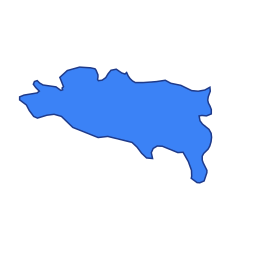 Lodi, Robinson projection, rotated 159°
{"feature_id": "ITA-5448", "entity_name": "Lodi", "entity_type": "Province", "adm_level": 1, "iso_a3": "ITA", "parent_name": "Italy", "parent_adm1": "", "projection": "robinson", "projection_center": [9.573, 45.269], "detail": "fine", "context": "isolated", "style": "filled", "palette": "blue", "viewbox_px": 256, "rotation_deg": 159, "n_neighbors": 0, "source": "natural_earth", "source_scale": "10m", "svg_char_len": 1335}
<svg xmlns="http://www.w3.org/2000/svg" viewBox="0 0 256 256"><g transform="rotate(159 128 128)"><path d="M87.0,58.4L85.8,60.2L83.9,65.7L83.7,75.0L85.3,85.6L90.3,87.2L102.5,98.7L107.2,100.7L111.8,99.9L115.1,96.6L116.0,90.7L121.4,93.4L124.3,99.5L126.4,106.9L129.4,113.1L149.9,127.4L159.3,129.8L179.3,148.3L186.0,162.7L192.1,167.3L199.1,169.0L209.0,169.7L211.9,172.6L213.9,179.7L214.6,185.9L219.1,193.1L218.0,195.9L213.3,196.0L200.3,193.3L197.6,194.2L199.7,199.0L200.7,202.8L198.7,204.9L195.8,204.8L194.4,201.7L191.9,198.6L180.5,192.2L177.2,187.1L175.3,187.1L175.2,188.9L174.8,189.2L174.3,189.2L173.4,189.7L173.5,199.7L164.1,203.4L151.4,202.2L141.4,197.6L137.6,195.1L137.1,193.3L137.0,188.4L137.8,186.3L139.0,184.3L138.7,182.8L135.0,181.9L130.7,183.0L127.1,185.8L123.2,188.0L117.9,187.1L114.2,181.7L111.5,179.5L109.4,180.3L109.2,176.7L108.4,173.4L107.0,170.4L104.9,167.8L97.3,164.9L89.5,162.5L84.7,161.1L76.1,159.2L72.0,154.4L63.4,148.9L55.2,140.1L49.3,137.2L42.7,135.9L36.9,136.7L38.0,132.9L41.9,128.4L43.6,125.4L44.0,122.4L43.6,119.0L43.6,115.4L45.2,111.3L50.4,111.2L54.6,113.3L57.3,113.8L58.2,109.0L57.1,105.0L52.9,97.7L52.3,93.3L53.3,89.4L55.4,85.4L58.1,81.9L60.8,79.6L66.5,77.1L68.8,75.1L70.2,71.4L70.3,68.6L69.5,60.2L70.4,58.0L75.9,51.3L80.6,51.1L83.1,52.3L87.0,58.4Z" fill="#3b82f6" stroke="#1e3a8a" stroke-width="1.5"/></g></svg>